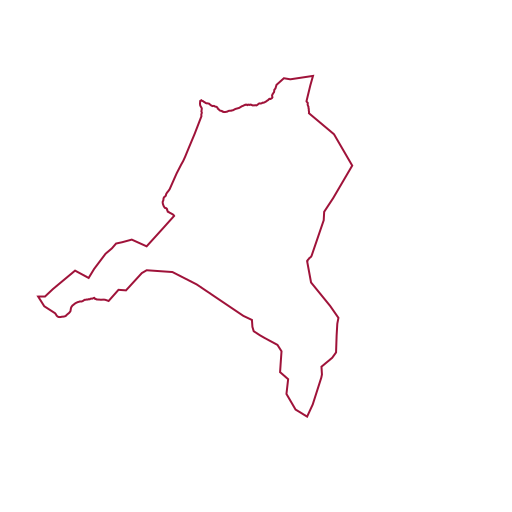 the district of Bogd, Bayanhongor, Mongolia, rotated 130°
{"feature_id": "93677404B1716064245788", "entity_name": "Bogd", "entity_type": "district", "adm_level": 2, "iso_a3": "MNG", "parent_name": "Mongolia", "parent_adm1": "Bayanhongor", "projection": "natural_earth1", "projection_center": [100.876, 45.209], "detail": "fine", "context": "isolated", "style": "outline", "palette": "rose", "viewbox_px": 512, "rotation_deg": 130, "n_neighbors": 0, "source": "geoboundaries", "source_scale": "gbopen_adm2", "svg_char_len": 3955}
<svg xmlns="http://www.w3.org/2000/svg" viewBox="0 0 512 512"><g transform="rotate(130 256 256)"><path d="M342.1,144.0L348.2,127.0L346.2,113.6L333.3,117.1L307.2,127.8L304.4,129.3L298.7,134.7L285.0,132.2L278.4,132.7L265.0,143.2L255.6,150.2L250.4,153.1L246.6,167.1L240.9,196.8L227.2,213.4L227.0,213.5L226.9,213.6L226.7,213.5L226.6,213.4L226.4,213.5L226.1,213.7L225.6,213.8L224.8,213.7L224.1,213.7L223.3,213.8L222.6,213.6L221.8,213.4L221.4,213.4L220.9,213.4L220.0,213.6L185.1,227.1L178.3,232.2L162.0,234.1L124.9,240.4L112.6,274.5L112.6,287.3L112.6,307.2L111.6,307.9L110.5,309.2L109.4,310.1L109.0,310.8L108.0,311.7L107.5,312.7L106.9,313.7L105.5,314.7L105.4,315.0L105.2,316.4L105.0,316.8L100.0,319.3L90.3,324.1L81.4,328.1L98.6,343.3L101.9,348.9L111.7,350.3L115.2,348.8L116.9,348.8L118.2,347.9L119.0,347.5L119.8,347.5L120.7,347.3L121.6,347.3L122.8,346.8L123.3,346.2L123.9,345.4L124.9,345.3L125.7,345.6L126.4,345.8L126.7,346.1L126.8,346.6L127.1,346.8L127.8,346.9L128.7,346.9L129.4,347.2L131.5,347.7L132.9,348.3L133.7,348.7L134.3,349.5L135.1,349.7L136.1,350.3L136.5,350.9L137.0,351.6L137.8,351.8L138.7,352.0L139.7,352.2L140.4,352.5L140.8,353.3L141.4,353.8L141.9,354.4L142.7,355.2L142.9,355.6L143.0,356.3L143.2,356.5L143.3,357.2L143.5,357.5L144.3,357.9L144.5,358.2L144.6,358.8L144.9,359.0L145.2,359.1L145.5,359.4L146.0,359.6L146.1,360.0L146.0,360.4L146.3,360.6L146.9,361.4L147.3,361.4L147.7,361.8L149.2,362.4L150.4,363.1L151.3,363.4L152.2,363.7L153.4,364.1L156.6,366.3L159.3,367.4L160.0,368.1L160.4,368.2L162.1,370.0L163.2,370.6L164.0,370.9L164.4,371.3L165.0,371.7L165.3,372.0L166.0,372.7L166.5,373.4L166.5,373.9L166.9,374.3L166.8,374.8L167.0,375.2L166.9,375.5L167.4,376.3L167.7,377.0L167.8,377.8L167.6,378.5L167.6,379.1L167.7,380.0L167.4,380.3L167.1,381.3L167.1,382.1L167.4,382.6L167.8,383.3L168.0,384.6L168.5,385.2L169.2,385.8L169.3,386.6L169.5,387.3L169.5,388.2L169.6,389.0L169.4,389.6L170.2,391.3L170.7,391.8L170.9,392.3L171.2,393.0L171.2,394.4L171.5,395.2L171.4,395.8L171.5,396.4L171.8,396.9L171.9,397.3L171.8,397.7L171.8,398.0L173.1,398.4L175.2,396.9L176.3,395.8L176.7,395.1L176.8,394.9L177.1,394.1L177.4,393.2L177.8,392.4L178.5,391.9L180.4,390.7L180.8,389.9L181.2,389.5L182.7,388.9L184.1,387.6L185.3,387.2L201.9,381.5L216.7,376.9L225.8,374.0L230.2,372.8L234.0,372.1L243.7,369.9L260.3,365.1L262.6,364.9L264.6,364.9L266.4,364.6L267.7,363.9L268.4,363.9L270.2,364.2L271.2,363.9L272.9,362.8L274.5,362.3L275.3,361.6L276.2,360.4L277.1,358.8L277.5,357.6L277.7,356.7L277.1,355.6L277.1,354.8L277.3,354.2L277.8,354.0L277.9,353.4L278.2,352.9L278.8,352.1L278.7,351.7L278.4,351.2L278.5,350.8L278.3,349.8L278.0,348.5L277.6,346.4L277.7,345.0L277.9,344.5L298.4,345.2L318.9,346.0L323.3,361.7L331.5,367.4L336.4,371.2L342.8,371.3L350.9,372.7L369.9,371.7L380.4,370.1L383.5,385.2L411.7,390.3L422.7,391.6L427.1,396.8L430.6,385.9L429.0,373.2L429.3,371.8L429.8,370.5L429.9,369.3L429.8,368.7L429.6,368.0L429.1,367.3L428.3,366.4L427.3,365.7L426.4,364.7L425.4,363.9L424.8,363.5L424.2,363.2L423.2,363.2L421.9,363.0L420.7,362.8L419.8,362.6L419.1,362.6L418.3,362.6L417.5,362.7L416.8,363.1L416.2,363.5L415.6,363.8L415.0,364.2L414.5,364.4L414.0,364.5L413.5,364.7L412.8,364.7L412.0,364.8L411.3,364.6L410.3,364.4L409.1,364.2L407.8,363.8L406.7,363.3L405.7,362.8L405.1,362.3L404.0,361.7L403.2,360.6L402.5,360.1L401.7,359.7L400.9,359.5L399.7,359.1L399.2,358.5L398.7,358.1L398.1,357.7L397.8,357.2L397.4,356.8L396.8,356.6L396.6,356.3L396.3,355.8L395.9,355.5L395.3,355.4L394.6,354.9L394.3,354.5L394.0,354.1L393.6,353.8L393.1,353.6L392.4,353.3L392.0,353.0L392.1,352.3L392.3,351.6L391.8,350.9L391.8,350.3L391.1,349.3L390.5,348.5L390.0,347.9L389.4,346.9L388.2,345.6L387.2,344.5L386.6,343.6L386.0,342.2L385.6,341.1L385.2,340.0L370.3,339.6L365.9,333.5L342.5,332.5L337.2,330.6L322.0,309.7L315.9,283.2L310.0,227.2L307.6,218.0L312.6,213.2L315.1,209.4L314.2,202.0L313.2,196.4L310.3,182.4L312.6,175.2L321.7,168.6L329.5,162.9L329.7,152.2L342.1,144.0Z" fill="none" stroke="#9f1239" stroke-width="2"/></g></svg>